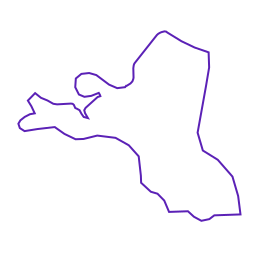 SVG path tracing the border of Dubréka, rotated 88°
{"feature_id": "GIN-5635", "entity_name": "Dubréka", "entity_type": "Prefecture", "adm_level": 1, "iso_a3": "GIN", "parent_name": "Guinea", "parent_adm1": "", "projection": "mercator", "projection_center": [-13.586, 9.952], "detail": "fine", "context": "isolated", "style": "outline", "palette": "violet", "viewbox_px": 256, "rotation_deg": 88, "n_neighbors": 0, "source": "natural_earth", "source_scale": "10m", "svg_char_len": 1200}
<svg xmlns="http://www.w3.org/2000/svg" viewBox="0 0 256 256"><g transform="rotate(88 128 128)"><path d="M89.9,219.6L94.8,213.9L97.7,207.5L101.2,201.8L101.9,198.0L101.6,184.2L101.9,182.5L103.0,181.3L106.2,180.0L106.9,178.5L108.5,175.8L112.0,174.1L115.4,171.9L116.7,167.7L111.7,170.4L108.7,171.1L106.4,169.7L96.0,157.3L95.2,154.5L94.2,154.8L93.5,155.1L91.9,156.0L94.6,163.6L95.3,170.5L92.8,175.9L85.4,179.3L76.7,178.4L72.3,172.7L71.7,164.9L74.0,157.8L84.0,145.4L87.8,137.4L87.1,129.5L85.8,128.4L85.9,128.0L83.6,124.0L81.6,122.0L79.2,121.0L77.8,120.7L68.4,120.6L65.6,120.1L64.4,119.7L63.3,119.0L36.1,95.9L35.0,94.6L34.1,93.0L33.4,91.3L32.7,88.2L33.0,86.5L34.0,85.3L43.1,71.6L49.9,58.6L55.2,44.8L70.3,44.8L88.9,48.6L135.1,58.6L153.1,54.0L162.9,39.4L180.2,25.3L199.8,20.3L218.3,18.6L218.3,44.8L221.9,49.9L223.3,57.9L219.0,65.2L213.3,71.0L213.3,89.9L201.8,94.3L194.7,100.8L192.5,107.4L183.2,116.8L176.1,116.8L156.7,118.3L145.3,127.8L137.4,140.8L134.5,159.0L137.4,172.8L137.4,180.8L131.7,191.7L124.5,201.2L125.9,218.6L127.5,231.5L124.3,236.1L119.9,237.4L116.6,235.3L113.3,230.8L110.8,225.5L110.1,220.7L102.9,223.8L97.1,227.1L89.9,219.6L89.9,219.6Z" fill="none" stroke="#5b21b6" stroke-width="2"/></g></svg>